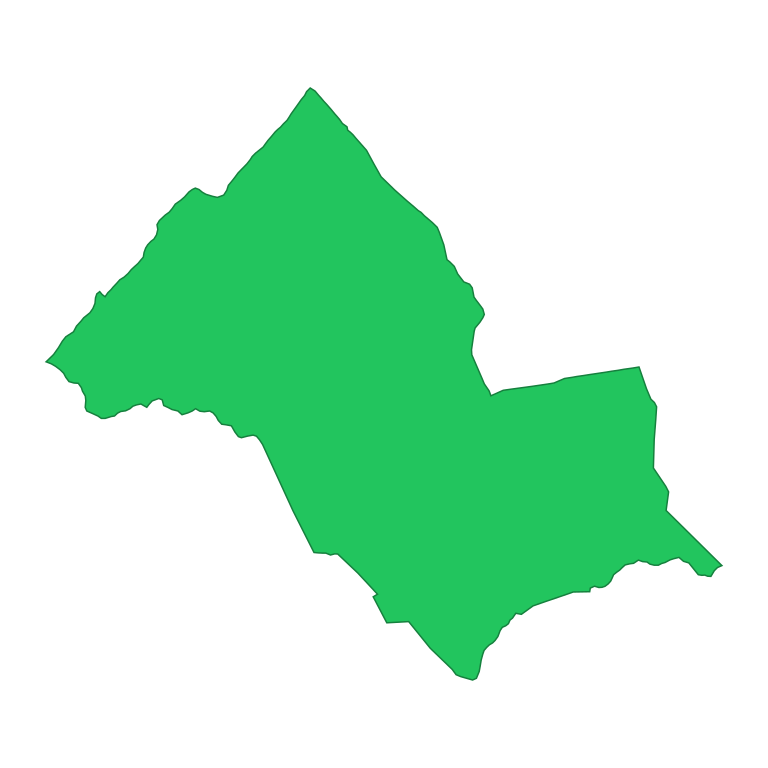 Russas, Ceará, Brazil
{"feature_id": "56859067B811843204611", "entity_name": "Russas", "entity_type": "district", "adm_level": 2, "iso_a3": "BRA", "parent_name": "Brazil", "parent_adm1": "Ceará", "projection": "natural_earth1", "projection_center": [-38.174, -4.835], "detail": "fine", "context": "isolated", "style": "filled", "palette": "green", "viewbox_px": 768, "rotation_deg": 0, "n_neighbors": 0, "source": "geoboundaries", "source_scale": "gbopen_adm2", "svg_char_len": 3693}
<svg xmlns="http://www.w3.org/2000/svg" viewBox="0 0 768 768"><path d="M310.2,88.0L306.6,91.6L304.6,95.6L301.2,99.7L296.7,106.1L293.4,110.7L291.1,113.9L289.3,116.9L287.0,120.4L283.4,123.9L280.5,127.2L277.8,129.4L275.2,131.9L271.4,136.5L268.0,140.4L265.6,143.6L263.1,147.1L260.1,149.5L255.6,153.1L252.2,156.5L250.2,159.7L246.9,163.9L241.9,169.0L238.1,172.9L234.8,177.4L231.5,181.6L228.4,185.3L226.8,190.3L223.7,195.1L217.4,197.4L212.5,196.3L205.9,194.3L202.4,192.3L199.0,189.5L195.3,188.1L192.3,189.5L189.0,191.9L184.6,196.9L180.7,200.3L175.3,204.1L172.2,208.6L169.2,212.2L165.3,215.0L159.4,220.5L157.0,224.7L157.8,229.5L156.5,234.9L153.9,239.1L150.9,241.4L147.7,244.8L145.7,248.0L144.1,252.4L143.3,257.2L141.1,259.7L138.0,263.5L134.3,266.8L131.3,269.6L128.0,273.6L124.0,277.2L119.9,279.7L116.8,283.2L113.3,286.9L111.0,289.7L107.9,292.7L105.1,296.7L102.2,294.6L99.7,291.6L96.8,293.9L95.5,297.8L95.0,303.4L92.9,308.5L89.9,312.8L83.7,317.8L80.9,321.3L76.5,326.1L73.5,331.8L65.9,336.7L62.4,341.1L58.3,347.9L53.6,354.5L46.1,361.8L51.3,363.8L55.7,366.4L60.2,369.8L63.7,373.3L65.8,377.3L69.0,381.6L73.9,383.0L78.3,383.3L81.4,387.7L82.5,391.2L85.3,396.0L85.8,400.5L85.2,407.4L86.8,411.0L91.8,413.2L98.1,416.1L101.3,418.4L105.2,418.4L111.3,416.5L114.5,416.0L117.5,413.2L120.7,411.5L125.6,410.8L130.0,408.7L132.9,406.2L136.5,404.9L140.9,404.0L143.9,405.7L146.8,407.3L148.9,404.5L152.2,400.9L158.8,398.5L162.2,399.8L163.7,405.5L168.1,407.5L171.9,409.5L177.9,411.0L182.0,414.7L187.9,412.9L192.2,411.0L195.6,408.7L199.9,411.2L204.3,411.7L209.7,411.0L213.1,412.9L216.2,416.5L218.3,420.5L221.7,424.2L226.1,424.8L231.4,425.8L234.9,432.0L238.4,436.6L241.4,437.7L247.6,436.1L253.1,435.1L256.5,436.2L259.5,439.8L262.6,444.5L293.1,511.0L314.0,552.5L318.5,552.9L322.5,553.1L325.8,553.1L330.5,555.0L334.6,553.9L337.7,554.0L357.9,573.1L377.5,594.2L373.2,596.8L386.8,622.8L408.7,621.6L430.4,648.4L452.2,669.4L456.1,674.7L460.7,676.6L472.6,680.0L476.4,678.3L479.2,671.5L480.2,666.0L481.2,660.0L482.8,654.1L484.1,650.4L486.7,647.4L489.4,644.8L492.6,642.9L495.1,640.4L497.9,636.5L500.1,630.6L502.3,627.3L505.7,625.8L508.4,623.7L510.0,620.1L512.5,618.1L515.8,613.3L521.4,614.3L533.0,605.9L541.0,603.1L545.9,601.4L570.2,593.1L573.2,592.0L589.7,591.7L590.3,588.1L594.5,586.2L598.9,587.5L602.0,587.3L605.0,586.3L608.2,583.9L610.7,581.1L612.2,577.9L613.6,574.7L616.7,572.2L619.7,570.1L622.3,567.5L625.2,564.9L629.8,563.8L633.6,563.3L638.4,560.1L642.6,561.6L647.0,562.0L649.9,564.1L654.2,565.2L658.4,565.2L661.6,563.5L665.1,562.5L670.0,559.9L673.7,558.7L679.0,557.4L683.5,561.3L688.8,562.9L698.3,574.7L701.8,575.3L704.8,575.1L707.6,576.2L710.9,576.4L714.3,570.7L717.5,567.5L721.9,565.6L666.1,510.5L668.6,491.9L665.8,486.4L653.4,468.0L654.2,439.6L655.7,420.4L656.6,406.8L654.4,402.5L650.9,399.2L646.5,388.8L639.0,367.0L633.1,368.0L623.8,369.3L618.2,370.3L611.8,371.2L606.4,372.1L601.0,372.9L595.0,373.8L590.2,374.5L583.2,375.6L576.8,376.5L572.4,377.3L564.5,378.5L554.0,383.0L549.9,383.7L546.0,384.3L531.7,386.4L510.9,389.2L503.2,390.3L490.9,395.8L489.1,390.9L484.3,383.9L482.1,378.6L471.8,354.8L471.5,349.8L474.2,331.2L475.1,328.0L480.0,322.1L482.8,317.8L484.3,314.5L482.8,309.0L480.0,305.2L476.4,300.5L474.0,297.1L473.1,292.4L472.2,287.8L469.6,284.2L463.8,281.9L457.7,274.0L454.3,266.4L449.8,261.9L447.0,259.7L443.8,244.8L439.3,232.3L437.2,227.3L432.5,222.7L428.3,219.1L424.4,215.8L421.1,212.4L418.1,210.5L414.3,207.1L407.2,201.1L394.8,190.1L381.1,176.8L373.7,163.6L366.5,150.3L356.0,138.4L353.1,134.9L350.3,132.2L347.7,130.2L347.0,126.8L342.4,123.5L339.7,119.6L337.0,116.4L334.6,113.7L331.5,109.9L326.9,104.6L323.9,101.4L320.9,97.8L318.6,95.3L315.1,91.1L310.2,88.0Z" fill="#22c55e" stroke="#15803d" stroke-width="1.5"/></svg>